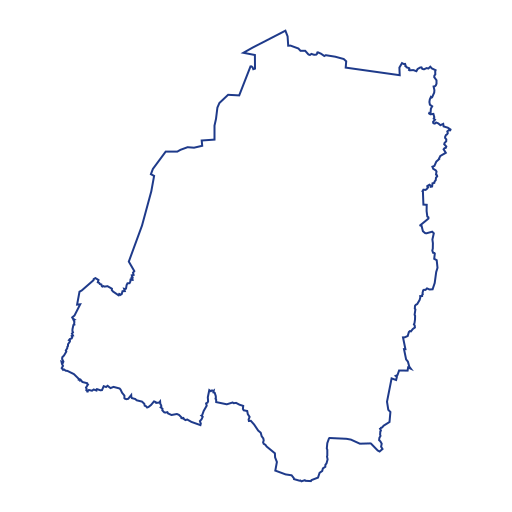 outline of Libertador General San Martín, San Luis, Argentina
{"feature_id": "61730980B21399673280914", "entity_name": "Libertador General San Martín", "entity_type": "district", "adm_level": 2, "iso_a3": "ARG", "parent_name": "Argentina", "parent_adm1": "San Luis", "projection": "robinson", "projection_center": [-65.814, -32.574], "detail": "fine", "context": "isolated", "style": "outline", "palette": "blue", "viewbox_px": 512, "rotation_deg": 0, "n_neighbors": 0, "source": "geoboundaries", "source_scale": "gbopen_adm2", "svg_char_len": 5981}
<svg xmlns="http://www.w3.org/2000/svg" viewBox="0 0 512 512"><path d="M433.8,233.3L432.2,231.7L426.4,233.3L425.1,233.1L422.9,231.2L421.4,225.1L419.6,225.8L428.4,218.6L428.5,218.1L428.4,217.3L427.3,216.5L426.6,211.0L426.7,204.8L423.4,204.6L422.9,191.1L422.6,191.0L423.4,189.7L425.6,189.9L427.1,188.7L428.1,187.3L427.3,186.7L427.3,186.0L429.5,184.7L430.1,185.2L430.8,186.8L432.1,186.5L432.5,183.3L434.3,182.9L434.6,181.5L435.7,180.2L436.0,177.7L437.2,176.3L436.9,175.2L436.0,174.6L436.5,171.5L435.7,170.3L433.2,168.8L432.4,166.7L434.4,165.9L436.3,161.6L439.2,159.0L439.0,158.6L440.4,155.9L445.8,152.8L443.6,149.3L444.5,148.2L445.8,147.8L446.3,146.5L444.2,144.2L444.6,142.9L446.2,141.3L446.3,139.4L445.1,137.9L445.1,136.9L445.9,135.1L447.1,134.3L447.8,133.1L447.3,131.4L448.6,130.3L450.2,130.3L450.5,129.5L447.8,127.7L443.6,126.4L443.2,123.9L440.4,125.2L438.3,123.4L436.1,122.5L434.8,123.6L433.6,123.3L433.2,122.9L433.1,121.8L435.0,119.7L433.7,118.6L434.3,117.2L433.4,113.9L430.4,114.3L429.1,113.5L429.3,112.9L430.0,113.1L430.6,112.4L430.9,108.6L432.2,106.3L429.9,104.7L429.4,102.0L429.8,99.4L430.9,97.0L431.5,97.6L432.1,97.3L434.2,92.6L434.4,90.2L433.6,86.5L435.0,86.2L435.8,85.4L436.5,83.7L436.5,80.3L434.2,77.1L434.4,75.6L435.3,74.4L435.2,71.5L435.6,70.2L431.8,68.4L430.3,66.7L428.4,68.5L426.6,68.1L424.0,69.3L422.3,68.9L421.5,67.4L420.2,67.5L417.6,69.0L416.4,71.2L413.4,70.1L409.5,70.3L409.0,70.0L409.4,68.6L409.2,68.2L406.5,67.3L406.2,66.4L405.3,66.0L405.4,64.8L405.1,63.9L403.7,64.0L402.0,63.1L399.4,67.6L399.7,75.2L345.7,67.6L346.2,61.3L343.7,59.0L335.2,56.7L325.8,55.2L324.3,56.0L321.0,53.7L317.9,52.3L317.3,52.5L317.2,53.6L316.3,54.6L314.1,54.8L311.4,53.9L310.1,54.9L309.4,54.9L308.3,54.3L305.2,50.8L300.5,50.8L298.4,48.5L290.5,45.6L288.2,45.7L287.6,36.4L285.4,30.7L252.6,47.6L243.4,52.8L254.9,55.0L255.0,68.6L253.3,69.2L252.6,67.4L251.5,66.4L250.5,66.4L239.2,95.4L228.1,94.8L219.4,103.0L217.4,107.6L216.0,118.9L214.5,125.6L214.5,139.6L201.7,140.5L202.2,145.8L194.0,147.7L187.6,147.2L180.5,149.8L177.3,151.6L165.7,151.6L152.9,168.9L150.9,174.2L154.1,175.9L151.3,191.3L142.0,225.6L128.8,261.6L134.3,271.1L133.0,272.7L133.6,274.9L131.8,275.3L132.5,277.2L131.6,277.4L131.4,278.0L132.5,278.8L132.6,279.9L130.5,279.7L130.3,281.7L129.5,283.2L127.5,283.3L126.6,285.1L126.0,288.6L125.1,289.1L124.1,288.8L124.8,291.1L122.5,291.2L121.7,294.1L120.2,295.0L119.9,294.2L119.2,293.9L118.4,295.2L113.0,291.5L111.8,290.1L111.9,288.7L107.5,286.2L104.5,286.6L103.4,286.1L102.4,286.6L101.8,286.1L101.4,284.5L99.8,284.0L99.3,283.0L97.8,282.3L98.5,280.0L95.4,278.1L93.7,279.1L93.5,280.2L81.7,290.5L79.5,291.7L77.1,304.6L80.2,304.3L74.5,315.5L72.2,317.4L72.8,318.5L74.4,319.6L73.5,319.9L74.4,321.9L74.1,323.4L74.4,324.6L73.4,325.0L72.5,329.1L72.4,331.1L73.0,332.3L71.9,333.6L73.0,335.6L71.7,336.0L72.2,337.3L71.7,338.4L69.9,339.0L69.0,340.1L69.9,340.5L69.9,341.5L68.0,344.3L68.0,346.0L67.4,346.7L67.2,348.3L65.8,350.5L66.3,351.6L64.0,355.5L62.3,357.2L62.1,359.0L63.4,361.6L63.0,362.6L61.5,361.8L62.0,364.0L63.0,365.9L61.7,368.1L63.1,369.9L63.9,369.4L65.7,370.7L67.4,370.9L73.9,374.1L78.6,378.7L78.7,379.6L79.7,379.3L80.1,380.5L80.8,380.0L82.4,382.0L87.1,383.2L87.1,383.7L88.0,384.5L86.0,387.6L86.6,388.9L86.3,390.2L87.1,390.8L87.5,392.3L87.9,390.7L88.9,390.0L92.0,390.7L93.7,389.5L96.4,390.5L96.6,389.3L96.9,389.1L100.5,390.3L102.0,390.1L103.7,386.2L106.1,387.0L107.6,385.8L110.5,388.1L113.5,386.9L117.8,388.0L119.6,388.5L120.5,389.5L122.1,392.8L124.4,395.6L124.4,398.2L124.9,398.7L126.5,399.2L128.2,398.8L131.2,395.1L131.3,396.9L131.9,398.1L135.2,399.0L136.7,400.3L142.0,401.6L144.3,403.8L144.7,405.7L146.0,406.2L147.1,407.5L148.5,407.0L151.1,404.9L154.0,401.4L155.6,402.0L155.7,402.6L156.2,402.9L159.1,402.6L160.1,401.4L160.3,403.8L161.2,405.4L161.3,406.8L160.7,407.3L162.5,408.8L162.3,410.3L164.2,412.3L165.2,412.6L167.4,412.2L168.0,413.4L171.5,415.0L176.9,414.0L179.0,414.9L181.5,417.4L181.4,418.0L182.3,418.4L183.4,418.0L184.0,419.1L185.5,420.1L187.2,419.5L191.4,421.9L200.4,425.1L200.8,423.6L199.9,421.1L201.5,419.4L202.7,416.8L201.6,415.7L202.0,415.6L203.7,410.9L206.7,405.7L206.1,403.4L207.5,402.6L208.1,401.3L207.8,397.3L209.3,390.1L210.8,391.2L212.0,390.4L213.3,391.0L213.7,390.7L213.4,392.4L214.7,392.8L215.7,395.8L215.9,397.3L215.5,398.7L216.1,399.2L216.2,402.1L226.8,404.3L232.6,402.5L233.6,403.2L236.1,402.9L239.5,404.7L243.2,405.9L242.9,408.9L243.7,410.3L247.2,411.0L247.8,414.1L249.6,416.9L248.6,419.5L248.9,421.0L250.8,420.8L254.1,424.5L258.2,430.6L260.7,432.7L261.7,436.3L263.3,438.4L263.7,440.4L263.1,442.3L263.7,443.8L265.4,444.8L266.6,446.5L274.9,453.3L275.1,457.4L276.9,462.0L275.3,470.6L285.6,474.4L291.6,475.3L293.8,478.1L294.0,479.1L299.5,480.7L300.4,480.5L301.4,481.3L304.8,480.2L305.4,480.8L310.9,481.1L311.5,480.1L318.0,477.6L319.6,472.8L322.2,471.0L322.9,468.4L325.3,466.8L325.4,464.8L326.5,463.4L327.6,459.4L327.0,456.5L327.3,455.5L327.3,449.7L326.8,448.5L327.3,443.1L329.0,438.4L329.5,438.0L346.5,438.8L350.9,439.6L359.9,443.7L370.4,443.4L371.0,443.6L377.7,450.5L379.6,451.5L382.5,449.0L381.1,446.7L381.7,443.7L380.4,441.4L379.1,440.1L379.4,437.8L380.5,435.9L380.1,434.6L380.3,431.5L380.9,430.7L380.1,428.8L380.7,428.6L381.0,427.8L382.2,427.4L383.6,425.7L389.5,422.0L390.4,412.0L388.3,409.8L387.0,401.7L391.6,378.4L396.1,380.0L396.9,376.8L395.7,375.9L397.5,375.0L399.1,370.5L407.6,370.6L408.1,367.5L410.8,368.7L409.3,366.7L407.9,361.6L406.1,359.4L404.0,349.1L405.4,349.1L403.0,337.4L404.8,337.3L407.7,336.0L408.9,332.0L409.9,331.1L410.9,331.4L412.8,329.0L414.9,327.5L414.7,325.4L413.9,324.4L414.5,323.1L415.0,319.6L415.1,315.8L414.6,314.8L415.4,309.4L414.8,308.6L415.0,305.9L415.8,304.8L417.2,304.1L419.6,300.0L420.3,297.5L420.2,296.1L422.1,296.0L422.1,295.1L422.8,294.2L422.5,293.1L423.2,290.3L424.0,289.8L425.5,289.9L427.0,288.4L429.5,289.5L432.6,289.3L434.7,283.0L436.2,272.0L437.5,267.8L436.7,260.2L434.2,258.8L434.8,253.6L434.4,253.0L433.1,252.8L432.3,250.6L432.8,248.5L432.9,243.2L432.4,239.5L433.8,233.3Z" fill="none" stroke="#1e3a8a" stroke-width="2"/></svg>